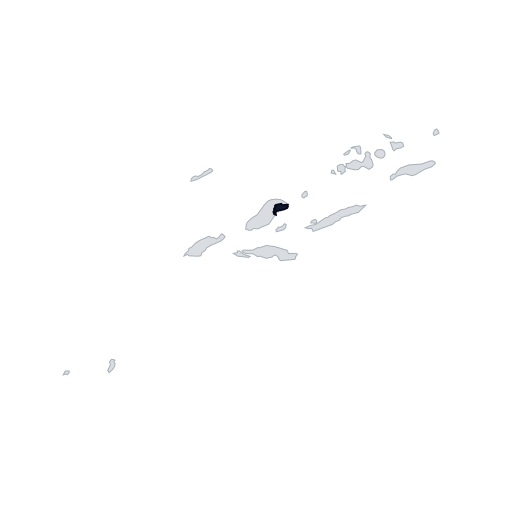 North West Guadalcanl, Guadalcanal, Solomon Islands (highlighted), rotated 124°
{"feature_id": "97153195B50711658929087", "entity_name": "North West Guadalcanl", "entity_type": "district", "adm_level": 2, "iso_a3": "SLB", "parent_name": "Solomon Islands", "parent_adm1": "Guadalcanal", "projection": "albers", "projection_center": [159.864, -9.408], "detail": "fine", "context": "in_parent", "style": "filled", "palette": "ink", "viewbox_px": 512, "rotation_deg": 124, "n_neighbors": 0, "source": "geoboundaries", "source_scale": "gbopen_adm2", "svg_char_len": 6082}
<svg xmlns="http://www.w3.org/2000/svg" viewBox="0 0 512 512"><g transform="rotate(124 256 256)"><path d="M200.3,257.6L208.4,263.6L211.9,263.1L222.5,263.2L228.8,267.5L232.4,269.4L234.5,273.3L237.1,274.1L238.6,276.1L239.5,279.6L235.6,281.5L233.3,282.1L227.1,280.8L221.3,278.1L209.6,277.7L204.1,276.9L202.2,275.9L200.5,274.5L197.7,271.2L195.6,267.3L195.2,265.0L195.1,260.6L195.7,259.1L198.0,257.5L200.3,257.6ZM237.1,222.0L246.2,233.1L245.9,235.1L244.6,236.3L244.2,240.0L245.4,241.5L247.9,242.1L252.1,246.1L253.9,252.5L255.7,254.7L255.7,259.4L259.7,265.8L260.1,269.0L259.7,270.3L258.0,269.5L253.2,262.2L247.8,259.0L247.1,257.6L241.6,253.4L237.9,246.2L233.9,233.4L235.8,230.3L231.3,224.1L231.5,222.5L234.7,222.8L235.4,222.1L237.1,222.0ZM203.9,227.5L205.1,231.0L200.2,227.9L196.4,224.1L185.7,219.9L183.4,217.8L181.5,217.6L176.0,214.1L170.6,211.8L166.4,207.6L164.4,206.8L161.0,203.5L157.7,201.3L156.5,197.3L153.3,194.6L152.5,193.4L162.8,195.6L167.5,199.9L171.6,202.4L173.0,204.2L176.6,206.7L179.9,206.9L183.2,209.4L186.2,210.0L188.5,211.3L203.7,222.4L201.9,225.3L203.9,227.5ZM272.3,299.3L276.9,301.5L279.6,301.2L283.6,302.7L286.6,301.9L288.5,303.8L293.2,311.4L293.2,313.9L296.3,315.7L293.7,316.0L290.0,315.1L287.2,315.7L284.2,314.2L279.2,313.4L274.9,311.6L265.8,305.9L265.8,303.1L264.4,301.8L264.0,298.3L260.7,297.2L256.9,297.0L256.6,295.3L257.3,292.4L260.1,292.5L263.6,293.7L272.3,299.3ZM116.6,185.6L117.8,186.9L115.0,189.2L111.2,188.0L110.3,186.1L107.6,186.5L102.4,185.5L95.0,180.2L87.2,170.2L79.8,164.7L78.4,163.0L78.1,160.2L79.1,159.1L83.8,160.2L89.8,164.7L99.6,169.4L102.3,171.8L104.1,177.6L105.7,179.4L111.0,183.8L116.6,185.6ZM127.1,219.5L129.4,222.5L132.1,229.3L131.6,231.6L129.7,231.8L129.2,233.2L126.6,230.0L123.2,229.1L120.6,227.1L119.5,220.6L117.5,220.1L111.9,220.8L110.1,223.0L107.5,222.3L106.9,220.4L107.3,218.5L110.7,216.6L111.4,214.2L114.8,210.0L116.9,209.2L120.9,210.7L121.5,216.6L122.9,218.6L127.1,219.5ZM230.5,351.7L227.9,352.9L225.6,352.3L223.8,351.3L222.4,348.5L219.3,346.7L214.9,345.9L212.6,344.1L209.6,343.5L208.7,342.0L209.0,340.4L209.5,339.5L212.3,340.3L225.8,347.9L230.5,351.7ZM87.3,207.9L86.6,208.4L85.3,206.4L84.4,205.8L84.4,203.6L80.7,199.9L80.4,197.4L82.5,194.9L85.4,196.4L88.3,199.4L91.7,200.4L91.0,202.5L88.0,206.2L87.3,207.9ZM105.9,213.7L104.4,215.2L100.4,215.0L97.3,211.2L97.3,208.4L99.7,205.7L102.6,205.3L104.2,206.2L105.7,208.4L106.2,211.2L105.9,213.7ZM139.8,235.9L136.2,238.8L133.6,237.8L131.4,235.3L132.5,231.5L134.6,230.7L135.8,229.3L139.7,230.4L140.7,231.1L138.4,233.0L139.7,234.5L139.8,235.9ZM433.9,315.0L427.9,315.7L425.5,318.3L422.4,318.0L421.4,315.8L421.4,314.7L423.0,314.9L423.9,312.8L425.8,311.7L430.0,311.3L435.0,312.6L433.8,314.5L433.9,315.0ZM266.3,270.9L266.5,276.3L263.7,273.3L262.4,274.4L261.2,273.0L261.5,266.7L259.6,260.7L261.2,261.3L266.3,270.9ZM113.4,237.1L113.4,237.7L111.3,236.6L106.8,231.6L107.6,230.0L111.7,226.7L112.9,226.2L114.1,228.2L113.1,231.2L111.8,232.0L111.3,234.8L113.4,237.1ZM215.7,247.3L218.8,247.7L224.5,252.7L223.1,254.2L220.5,253.4L219.6,253.8L218.8,252.1L215.9,250.6L213.4,250.5L213.0,248.7L215.7,247.3ZM179.7,252.1L175.3,251.6L174.0,250.3L175.6,248.4L177.5,247.2L179.2,248.3L181.1,248.6L181.3,251.0L179.7,252.1ZM55.7,177.5L51.9,178.4L49.6,177.2L50.6,174.4L51.9,172.9L56.5,175.5L55.7,177.5ZM198.0,229.1L196.2,229.6L193.6,228.3L192.5,227.0L193.0,225.1L194.6,224.4L196.3,225.7L196.5,227.0L198.0,229.1ZM462.4,349.3L459.1,349.8L457.8,349.7L455.8,346.4L457.4,345.7L459.7,346.0L460.4,347.9L462.4,349.3ZM122.8,238.7L122.7,240.1L120.6,239.7L115.9,237.7L115.7,236.8L118.4,236.5L120.4,236.7L122.8,238.7ZM84.6,214.4L83.8,218.1L81.9,213.5L82.3,209.7L83.0,209.3L84.6,214.4ZM145.2,240.1L142.5,241.1L141.6,239.6L143.6,235.6L145.2,240.1Z" fill="#d9dde1" stroke="#a8b0b8" stroke-width="1"/><path d="M208.6,264.5L207.9,264.5L207.8,264.4L207.9,264.2L208.0,264.0L207.9,264.0L207.3,263.9L207.3,264.0L207.3,263.9L207.0,263.9L206.7,263.9L206.5,263.6L206.5,263.2L206.3,263.3L206.1,263.3L205.9,263.1L205.7,262.8L205.7,262.7L205.4,262.4L205.2,262.3L205.1,262.2L204.9,261.9L204.8,261.7L204.7,261.6L204.6,261.4L204.5,261.2L204.4,261.2L204.2,261.0L204.1,260.9L203.9,260.7L203.7,260.6L203.5,260.3L203.4,260.3L203.4,260.2L203.1,260.0L202.9,260.0L202.8,259.9L202.7,259.8L202.6,259.6L202.4,259.4L202.4,259.5L202.3,259.4L202.2,259.3L202.2,259.2L201.9,259.0L201.9,258.9L201.7,258.8L201.7,258.7L201.4,258.4L201.1,258.3L200.8,258.1L200.7,258.0L200.5,257.9L200.4,258.0L200.3,257.9L200.2,257.9L199.9,257.8L199.8,257.7L199.7,257.6L199.6,257.4L199.4,257.2L199.2,257.0L199.1,256.9L198.9,256.9L198.7,256.8L198.4,256.8L198.2,256.8L197.9,256.9L197.7,256.9L197.6,257.0L197.5,257.3L197.4,257.3L197.2,257.4L196.9,257.3L197.0,257.3L196.9,257.3L196.8,257.6L196.7,257.6L196.4,257.8L196.2,258.0L196.2,257.9L196.1,258.0L195.9,258.1L195.7,258.0L195.4,258.1L195.3,258.3L197.2,260.5L197.5,260.9L198.9,262.6L198.4,264.3L202.4,268.2L202.5,268.2L202.8,267.8L202.9,267.7L203.0,267.7L203.1,267.8L203.3,267.8L203.5,268.0L203.4,268.2L203.4,268.3L203.5,268.3L203.5,268.5L203.8,268.5L203.8,268.4L204.0,268.3L204.3,267.9L204.2,267.9L204.3,267.8L204.3,267.7L204.5,267.6L204.5,267.4L204.8,267.6L205.0,267.7L205.3,267.7L205.6,267.7L205.8,267.7L206.0,267.6L206.0,267.4L206.1,267.2L206.3,267.1L206.5,267.2L206.6,266.8L206.8,266.7L206.9,266.4L207.0,266.5L207.3,266.8L207.3,267.0L207.5,266.8L207.8,266.8L207.8,267.0L208.0,266.9L208.1,266.7L208.2,266.3L208.3,266.2L208.5,266.0L208.7,265.9L208.8,265.9L208.9,266.0L209.0,265.9L209.0,266.0L209.3,266.2L209.3,265.9L209.4,266.0L209.5,266.1L209.7,265.9L209.8,265.8L210.0,265.9L210.1,265.7L209.9,265.6L209.7,265.6L209.9,265.5L210.0,265.5L210.0,265.4L210.0,265.2L209.9,265.3L209.7,265.2L209.8,265.2L210.0,265.0L210.3,265.2L210.3,264.9L210.6,264.9L210.7,265.0L210.9,264.9L210.8,264.6L210.9,264.4L211.1,264.4L211.0,264.2L210.9,263.9L210.9,263.7L210.7,263.7L210.5,263.4L210.5,263.2L210.8,263.1L210.7,263.0L210.3,262.9L210.4,262.6L210.2,262.7L210.3,262.7L210.2,262.8L210.2,262.7L210.1,262.8L210.0,263.0L210.3,263.2L210.3,263.3L210.2,263.6L209.8,263.6L209.7,263.6L209.6,264.1L208.6,264.5Z" fill="#0f172a" stroke="#020617" stroke-width="1.5"/></g></svg>